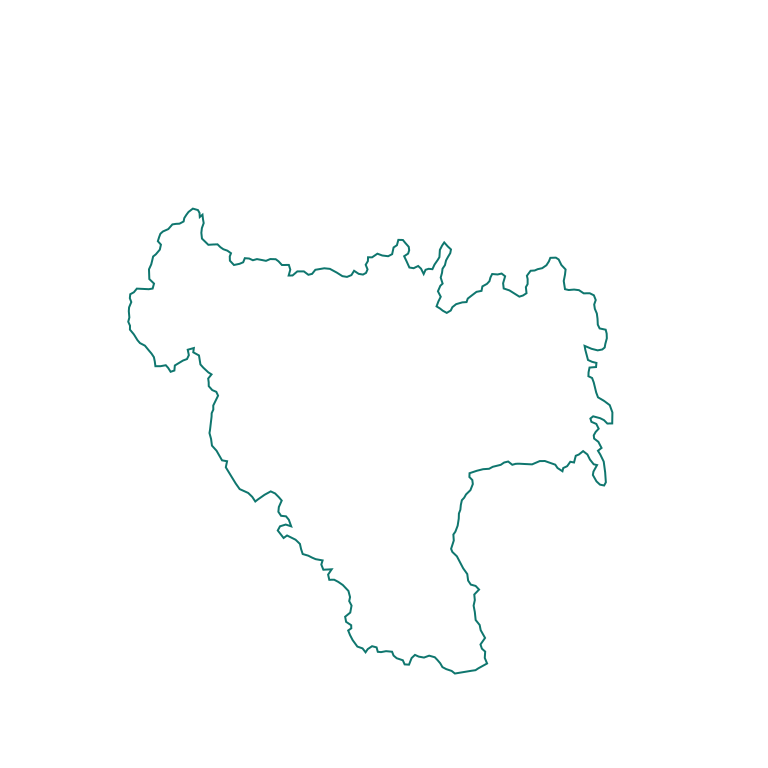 Barra do Turvo, São Paulo, Brazil, rotated 313°
{"feature_id": "56859067B30603953401521", "entity_name": "Barra do Turvo", "entity_type": "district", "adm_level": 2, "iso_a3": "BRA", "parent_name": "Brazil", "parent_adm1": "São Paulo", "projection": "orthographic", "projection_center": [-48.409, -24.876], "detail": "fine", "context": "isolated", "style": "outline", "palette": "teal", "viewbox_px": 768, "rotation_deg": 313, "n_neighbors": 0, "source": "geoboundaries", "source_scale": "gbopen_adm2", "svg_char_len": 5386}
<svg xmlns="http://www.w3.org/2000/svg" viewBox="0 0 768 768"><g transform="rotate(313 384 384)"><path d="M499.2,296.2L494.3,298.8L490.4,297.9L484.5,301.4L480.3,299.9L476.8,295.1L474.8,290.3L468.5,288.9L465.8,285.9L462.9,288.4L458.7,289.3L456.6,293.8L453.0,295.1L449.7,294.0L447.3,290.4L446.4,284.9L441.4,285.9L437.1,283.9L434.5,280.0L433.3,273.6L431.3,265.9L427.9,261.4L420.7,255.9L415.5,256.3L412.3,254.2L411.7,248.6L407.2,243.8L401.0,243.1L398.3,240.3L403.7,237.5L406.2,233.2L401.4,228.2L401.8,223.2L401.4,219.7L397.8,215.6L393.6,213.7L391.5,210.3L388.7,205.9L385.1,203.7L383.8,199.8L381.1,196.4L377.0,198.0L373.4,196.4L368.7,193.1L369.1,187.2L372.1,184.2L375.3,182.9L374.7,178.5L373.0,174.6L372.5,171.1L372.6,167.0L369.6,164.0L366.0,160.6L366.1,156.2L366.2,151.7L370.0,147.3L373.8,144.5L378.7,142.4L381.1,139.2L384.0,135.8L380.5,135.4L383.3,132.4L384.3,129.3L381.9,124.6L376.5,123.7L372.8,124.1L369.1,124.8L366.2,126.6L361.8,125.1L359.2,122.6L356.4,120.4L350.2,120.6L344.8,118.3L341.4,118.0L338.2,119.3L334.2,121.2L333.8,125.8L329.4,128.4L323.2,128.7L319.8,128.2L316.3,130.2L312.7,132.2L307.6,133.9L300.7,140.8L300.6,147.3L296.0,149.7L292.9,147.3L285.2,138.2L280.5,138.5L276.6,137.2L273.4,139.6L271.6,143.3L266.2,145.3L263.2,147.7L259.0,152.4L255.1,154.5L253.4,158.5L250.5,161.1L249.7,167.2L247.9,173.9L247.5,177.6L249.0,183.0L248.2,188.9L247.7,193.2L246.7,197.4L244.3,200.8L241.1,204.7L244.6,208.4L248.9,211.6L248.6,215.1L247.4,219.6L250.9,221.5L254.9,218.4L259.5,219.7L264.1,221.0L267.9,222.9L272.0,221.6L275.2,217.1L280.6,220.4L277.1,222.9L278.7,229.2L273.1,236.4L272.7,240.7L272.7,247.6L273.4,251.3L268.1,251.7L265.7,254.6L262.9,257.3L262.4,262.5L263.9,266.7L262.3,270.6L251.8,273.8L248.9,276.6L245.1,277.9L242.6,280.1L231.7,288.1L229.1,289.8L225.8,295.1L221.6,300.2L221.0,307.0L217.7,317.6L220.5,321.9L215.2,325.1L214.3,328.3L212.2,335.8L210.1,343.4L208.7,350.1L211.7,359.0L211.6,364.6L210.3,370.0L213.5,370.5L221.5,372.2L228.2,374.4L229.7,379.0L229.5,384.2L229.0,388.7L222.3,391.0L218.5,393.9L217.4,398.6L220.4,402.6L219.8,407.0L216.6,413.2L214.2,408.0L209.0,405.0L204.4,406.2L202.9,415.6L207.1,416.4L209.8,425.5L209.7,431.6L206.8,435.8L204.2,440.5L206.8,445.7L208.0,449.9L209.3,453.5L213.1,459.4L209.2,461.3L206.8,466.3L212.8,472.1L206.5,473.1L203.5,477.5L206.9,481.1L208.1,485.6L208.9,491.0L208.4,499.1L205.0,504.5L201.5,506.6L199.8,511.4L193.8,515.2L187.3,514.3L184.2,518.5L185.2,524.5L183.0,526.7L179.3,525.9L177.2,530.4L175.3,535.8L173.8,543.6L176.0,548.6L175.2,553.5L179.0,552.9L184.1,554.1L186.3,558.2L183.9,562.1L185.9,564.7L190.0,567.7L193.7,572.5L191.9,576.2L192.1,580.3L194.8,586.2L193.0,590.3L195.8,593.7L202.4,591.1L207.0,591.4L208.3,595.3L211.2,599.8L216.1,602.3L218.8,607.5L218.6,611.1L218.1,615.6L216.8,619.8L217.9,623.9L220.3,629.2L220.6,633.3L234.0,643.6L237.1,646.1L240.4,646.9L249.9,650.0L252.4,644.5L257.3,640.5L257.2,636.1L259.3,632.2L267.2,631.1L269.9,622.6L273.0,618.3L273.9,612.0L279.2,605.9L283.0,600.7L287.9,597.8L291.6,593.6L298.5,593.7L298.8,588.7L296.5,584.3L297.6,579.6L301.8,574.5L303.2,567.6L307.7,554.8L307.8,548.5L309.2,545.5L313.9,543.3L317.1,541.8L321.2,537.4L324.7,536.9L330.6,534.5L336.5,530.5L340.4,527.1L344.1,525.6L347.9,522.7L352.1,520.2L355.5,520.2L359.2,519.3L365.3,519.6L371.4,517.2L374.0,514.1L374.2,509.9L377.1,507.4L383.9,511.1L389.3,514.6L393.7,518.7L397.6,520.0L404.5,524.5L408.5,525.4L412.0,527.7L412.4,532.9L415.5,534.8L417.8,537.1L420.8,540.7L426.2,547.1L433.9,550.5L437.4,554.2L441.8,564.3L440.9,568.2L441.9,574.0L444.8,572.4L448.8,574.0L454.2,573.3L456.2,576.5L462.3,573.2L465.3,574.6L470.7,575.4L471.2,580.8L469.2,586.1L468.3,592.1L470.0,595.1L462.8,596.9L459.9,598.8L457.7,605.8L457.7,610.6L459.9,614.2L463.4,613.3L470.3,605.9L477.1,597.6L479.9,590.3L481.1,586.0L485.6,586.7L487.9,580.2L487.4,574.9L489.5,572.4L493.3,571.5L497.7,571.5L499.6,566.5L497.8,561.5L499.5,558.5L503.0,559.0L506.4,565.4L507.6,569.5L507.4,574.3L510.8,577.8L519.0,570.4L522.5,563.5L521.7,556.4L520.2,549.6L522.5,545.0L528.2,536.3L530.3,532.1L529.1,528.2L532.1,525.6L536.2,523.1L541.0,527.5L544.3,525.0L542.1,521.0L540.7,516.8L546.3,507.9L548.7,504.7L551.3,511.8L554.3,517.3L558.1,520.1L561.2,520.5L564.3,518.5L569.4,515.8L572.7,512.5L574.9,509.1L571.7,503.8L573.2,499.9L577.3,495.7L580.7,491.6L582.8,486.9L585.5,483.5L589.8,481.6L592.0,477.0L590.7,472.6L586.5,468.2L585.6,462.6L582.7,458.6L578.7,455.0L576.8,451.7L581.9,445.2L587.4,441.8L591.6,438.7L592.0,432.6L594.2,426.8L593.6,423.5L589.7,419.6L586.1,421.0L581.6,421.8L576.6,420.7L572.8,418.1L569.8,416.8L566.8,414.0L560.6,414.7L558.7,417.5L555.0,420.9L551.6,421.7L547.6,426.3L543.5,425.3L540.2,423.4L539.0,417.1L538.0,411.9L535.5,406.4L538.9,402.4L545.4,399.1L545.0,394.7L541.6,392.4L538.2,388.1L534.5,389.2L531.1,391.0L527.4,391.0L522.5,389.4L518.6,391.8L514.5,388.8L509.2,387.9L503.6,387.0L500.2,388.5L497.1,385.6L491.6,382.3L486.8,381.6L483.3,382.7L478.8,381.4L477.7,377.0L477.4,373.4L476.6,369.5L481.4,367.5L486.5,366.0L488.6,360.2L494.3,358.2L497.4,358.4L500.5,352.9L504.9,350.6L508.2,348.2L512.5,347.5L516.7,345.1L520.7,344.1L524.9,343.2L528.1,341.2L528.1,336.8L528.6,331.5L524.8,332.1L520.2,333.4L514.6,338.0L511.3,338.7L505.8,339.5L501.0,341.1L498.7,338.1L495.9,336.5L491.5,338.0L493.6,332.4L493.6,328.5L488.9,326.7L486.5,323.1L489.1,316.9L491.2,311.6L495.8,312.7L499.0,311.2L501.2,308.5L501.7,303.3L502.2,299.6L499.2,296.2Z" fill="none" stroke="#0f766e" stroke-width="2"/></g></svg>